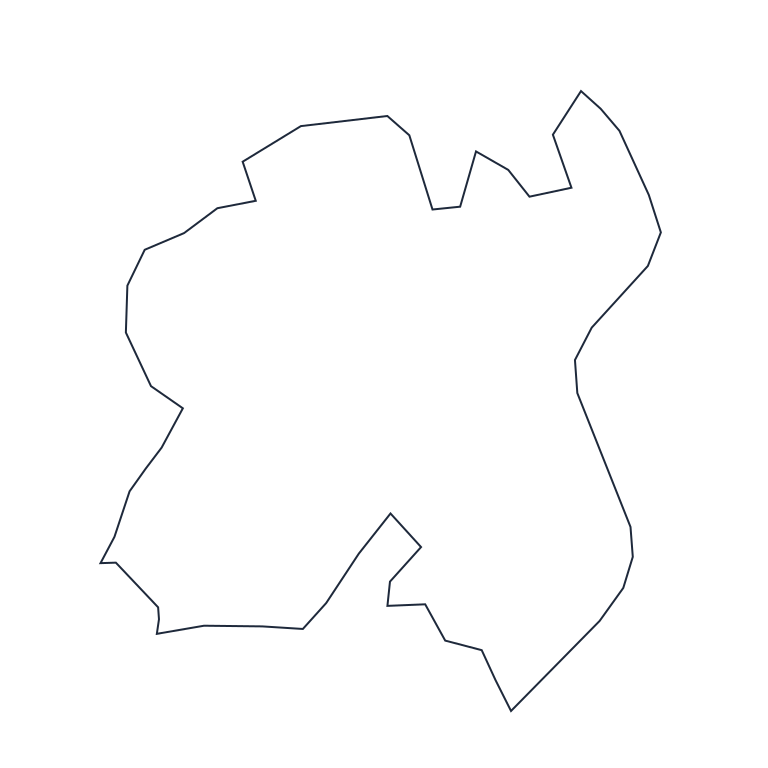 SVG path tracing the border of Bauska, rotated 276°
{"feature_id": "LVA-1079", "entity_name": "Bauska", "entity_type": "Municipality", "adm_level": 1, "iso_a3": "LVA", "parent_name": "Latvia", "parent_adm1": "", "projection": "albers", "projection_center": [24.265, 56.397], "detail": "fine", "context": "isolated", "style": "outline", "palette": "slate", "viewbox_px": 768, "rotation_deg": 276, "n_neighbors": 0, "source": "natural_earth", "source_scale": "10m", "svg_char_len": 849}
<svg xmlns="http://www.w3.org/2000/svg" viewBox="0 0 768 768"><g transform="rotate(276 384 384)"><path d="M695.9,549.3L680.3,570.8L660.4,591.7L599.7,627.6L563.7,643.5L529.0,634.1L461.8,584.7L427.8,571.4L395.2,577.2L267.6,644.1L239.7,649.2L238.1,649.5L206.2,643.3L170.9,623.2L72.1,544.5L101.1,525.9L129.5,509.0L135.2,471.7L169.2,448.0L163.7,410.6L188.1,410.6L225.7,437.9L255.9,404.0L212.7,376.7L160.1,349.4L131.9,328.9L130.2,288.1L124.8,230.3L111.8,184.2L126.5,184.8L138.3,182.7L178.3,136.0L176.2,120.8L203.8,131.9L250.7,142.2L275.0,155.9L297.5,169.5L338.8,186.5L357.5,152.5L408.2,121.9L455.0,118.5L492.5,132.0L513.2,169.4L541.4,199.9L552.8,237.3L590.3,220.2L631.8,274.4L650.9,359.3L634.0,383.2L562.6,414.0L568.3,441.2L624.9,451.2L609.9,485.2L585.5,509.1L598.8,549.9L649.6,525.9L695.9,549.3Z" fill="none" stroke="#1e293b" stroke-width="2"/></g></svg>